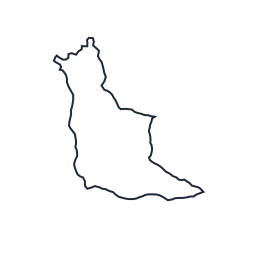 outline of Valentim Gentil, São Paulo, Brazil, rotated 111°
{"feature_id": "56859067B94354005773824", "entity_name": "Valentim Gentil", "entity_type": "district", "adm_level": 2, "iso_a3": "BRA", "parent_name": "Brazil", "parent_adm1": "São Paulo", "projection": "albers", "projection_center": [-50.11, -20.408], "detail": "fine", "context": "isolated", "style": "outline", "palette": "slate", "viewbox_px": 256, "rotation_deg": 111, "n_neighbors": 0, "source": "geoboundaries", "source_scale": "gbopen_adm2", "svg_char_len": 1979}
<svg xmlns="http://www.w3.org/2000/svg" viewBox="0 0 256 256"><g transform="rotate(111 128 128)"><path d="M98.0,212.6L97.6,209.7L99.2,207.1L100.9,204.8L103.7,202.7L107.2,201.4L110.6,198.4L113.0,195.6L116.7,191.0L119.0,190.2L121.4,189.2L125.0,188.5L128.0,187.9L132.2,187.6L134.8,186.3L138.1,185.6L143.1,185.0L147.0,183.8L148.8,181.8L150.3,179.3L152.8,175.3L155.2,173.9L158.7,171.9L161.6,170.8L164.6,170.4L166.9,168.0L169.6,166.6L172.3,165.4L175.7,165.7L178.9,165.7L181.5,165.2L184.3,163.2L187.3,160.6L189.4,158.3L190.4,155.1L190.2,152.4L193.1,149.2L197.4,147.4L199.3,144.2L196.1,140.1L194.1,138.2L193.6,133.3L193.9,130.1L193.2,127.3L193.5,122.6L193.2,119.0L194.5,116.0L195.5,112.0L195.3,109.2L194.9,105.5L194.1,101.9L192.6,98.0L190.9,95.0L188.4,92.5L186.6,90.0L184.5,88.1L183.0,85.9L181.4,82.0L179.9,77.8L179.5,73.9L179.9,70.4L181.1,64.9L179.1,61.5L176.7,58.9L175.4,56.1L173.4,51.3L171.4,47.7L169.7,45.5L168.5,42.3L165.5,40.2L160.6,34.7L159.3,37.4L158.2,40.2L158.5,44.5L158.9,47.7L157.3,50.9L156.7,54.3L155.9,56.8L157.5,59.6L158.0,62.2L156.8,65.0L156.8,68.9L155.7,72.4L155.1,77.2L153.3,81.4L152.4,83.8L151.8,86.7L151.5,90.5L150.9,93.5L150.1,96.0L148.0,97.8L145.6,96.9L141.9,97.3L139.0,97.9L135.7,99.8L133.8,101.9L131.0,102.7L127.5,104.4L125.4,105.9L123.2,107.4L119.4,107.9L116.9,108.5L114.3,108.4L110.4,108.8L107.9,107.1L108.8,111.0L108.8,113.6L110.0,117.2L110.0,120.6L110.5,124.4L110.6,127.3L109.4,131.2L110.9,136.9L113.0,141.5L112.1,144.0L109.7,146.4L106.4,149.8L105.1,151.9L102.5,154.8L101.0,158.6L100.7,161.2L100.8,163.8L97.9,167.9L93.0,166.8L88.2,167.0L85.2,169.8L82.1,171.8L79.4,173.6L75.7,176.4L73.8,179.6L71.7,181.8L66.3,182.8L65.2,185.3L63.4,190.2L59.5,190.9L56.7,193.0L57.9,196.9L60.5,197.8L63.3,196.3L66.3,195.3L67.3,197.9L68.0,200.4L71.2,199.5L74.3,201.8L78.1,202.7L78.4,207.5L80.4,210.1L83.9,208.8L86.5,210.7L87.5,213.3L86.9,217.2L85.9,220.5L88.5,221.3L91.9,221.2L92.5,218.6L93.1,214.3L94.9,212.3L98.0,212.6Z" fill="none" stroke="#1e293b" stroke-width="2"/></g></svg>